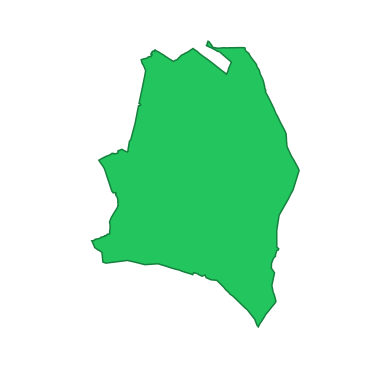 Flå nor, Buskerud, Norway (Albers equal-area conic projection), rotated 256°
{"feature_id": "86288312B73826406337019", "entity_name": "Flå nor", "entity_type": "district", "adm_level": 2, "iso_a3": "NOR", "parent_name": "Norway", "parent_adm1": "Buskerud", "projection": "albers", "projection_center": [9.702, 60.434], "detail": "fine", "context": "isolated", "style": "filled", "palette": "green", "viewbox_px": 384, "rotation_deg": 256, "n_neighbors": 0, "source": "geoboundaries", "source_scale": "gbopen_adm2", "svg_char_len": 5622}
<svg xmlns="http://www.w3.org/2000/svg" viewBox="0 0 384 384"><g transform="rotate(256 192 192)"><path d="M168.9,82.9L167.4,83.3L161.6,84.2L158.2,87.1L157.9,87.8L155.1,90.0L145.7,88.6L145.3,88.8L143.8,91.4L141.2,112.9L138.9,117.3L138.2,118.8L132.9,128.7L130.7,141.0L130.0,142.9L129.4,143.6L126.5,148.5L123.5,153.2L120.8,157.8L119.8,160.0L118.5,161.9L118.2,162.2L117.4,163.4L114.9,167.4L114.0,169.0L113.3,170.1L112.7,171.1L111.6,172.7L113.3,174.0L113.0,174.4L113.2,174.5L112.9,174.9L111.8,177.0L111.2,177.7L110.2,178.5L109.9,179.0L109.5,179.5L107.9,181.3L108.2,184.5L105.4,185.1L105.1,185.4L102.2,189.3L100.3,194.7L92.4,199.5L89.0,201.1L85.9,203.2L83.7,204.2L81.1,206.5L66.9,215.3L64.5,217.1L53.3,222.1L46.8,222.9L45.1,223.7L47.7,225.9L49.7,228.2L53.2,231.9L54.9,233.4L62.4,243.3L63.4,244.8L65.0,246.6L65.7,247.0L71.6,247.0L75.6,246.5L82.0,246.9L93.6,252.5L98.9,250.6L103.6,251.9L108.1,255.1L109.5,257.5L110.7,257.7L114.6,260.0L114.8,261.7L115.9,262.4L118.1,261.0L134.2,264.9L148.4,270.9L162.0,283.9L165.4,286.7L169.5,290.5L186.9,301.1L189.9,300.7L197.8,298.7L202.9,297.1L211.9,295.4L213.3,295.2L215.3,295.5L216.1,295.7L218.4,296.0L222.2,296.8L223.0,296.9L225.9,297.4L229.5,296.8L237.9,294.7L245.7,293.1L247.8,292.4L253.5,291.6L262.9,289.6L271.4,287.5L271.8,287.6L272.5,288.2L273.6,287.9L274.5,287.9L274.9,287.7L276.5,288.0L277.4,288.0L277.6,288.0L277.9,288.1L278.0,288.0L281.9,288.1L284.2,287.9L290.3,286.7L291.9,286.8L294.5,286.6L295.7,286.1L297.0,285.5L298.5,285.3L300.1,285.4L308.3,281.9L311.7,280.8L312.7,280.7L315.6,278.5L316.5,278.1L317.7,278.1L318.4,278.2L319.1,278.2L319.8,276.4L320.2,274.7L320.6,273.1L321.3,269.9L323.0,262.7L323.1,262.0L323.7,259.5L323.8,259.2L324.0,258.9L324.3,257.8L325.0,253.3L325.5,251.1L325.9,250.4L326.4,249.4L326.7,248.5L326.8,248.2L327.1,247.5L328.4,246.8L329.0,246.8L330.7,246.2L330.9,246.0L332.3,245.4L333.4,245.1L334.2,244.4L334.4,244.0L333.5,243.5L333.2,243.0L332.3,242.9L331.7,242.4L331.3,242.3L331.1,241.7L330.6,241.4L328.1,244.4L327.5,245.2L325.4,247.7L324.1,249.1L322.4,250.7L321.9,251.7L321.6,252.4L321.1,252.9L318.8,254.4L308.6,261.6L307.2,260.6L306.6,260.2L303.1,257.5L300.4,256.0L299.4,255.2L298.0,253.9L300.4,252.2L301.5,251.2L304.2,249.1L313.3,242.1L317.8,238.4L321.1,235.5L324.5,232.8L327.0,231.2L327.5,230.8L328.9,229.4L330.4,228.2L330.5,228.1L331.0,227.8L330.6,226.9L330.5,226.3L330.1,224.9L329.4,223.5L329.2,222.5L328.5,220.6L328.5,219.6L328.3,219.0L327.7,217.2L327.6,216.3L327.3,214.9L325.6,212.2L325.4,211.6L324.7,210.7L323.9,209.2L323.9,208.7L323.9,208.1L323.8,207.7L323.8,207.2L323.5,206.6L323.1,205.4L323.5,205.2L324.8,204.1L326.9,201.8L328.1,200.9L329.6,199.4L331.4,197.9L335.2,194.1L336.1,193.4L336.5,192.8L337.1,191.9L338.9,190.5L338.8,190.3L338.4,190.2L338.4,190.3L338.1,190.3L337.9,190.0L338.0,190.0L337.9,189.8L337.9,189.7L337.9,189.2L338.1,189.0L338.1,188.8L338.2,188.6L337.9,188.4L337.8,188.2L337.9,187.7L337.7,187.6L337.7,187.4L337.6,187.2L337.4,187.1L337.4,186.9L337.2,186.7L336.4,186.3L336.2,185.9L336.2,185.7L335.5,185.6L335.5,185.9L335.3,186.0L335.2,186.1L335.1,186.4L334.8,186.2L334.4,186.1L334.2,185.9L334.2,185.7L334.0,185.4L333.9,185.2L333.6,185.2L333.5,184.8L333.4,184.8L333.5,184.5L333.5,184.3L333.5,184.2L333.6,183.9L333.6,183.7L333.7,183.2L333.6,182.9L333.5,182.5L333.5,182.2L333.2,182.2L333.1,181.9L333.2,181.4L333.0,181.0L333.0,180.9L332.7,179.7L332.8,179.4L332.8,179.2L332.8,178.9L332.8,178.7L332.8,178.4L332.8,178.2L332.9,177.7L332.7,176.8L332.7,176.7L332.7,176.4L332.8,175.8L332.8,175.7L332.6,175.4L332.7,175.2L332.8,174.9L332.7,174.7L329.3,174.7L326.4,175.6L321.0,176.4L315.8,174.1L290.7,162.0L290.3,162.9L290.1,162.9L289.5,163.3L289.2,163.3L288.8,163.3L288.6,162.9L288.3,162.6L288.3,162.2L288.6,162.0L288.3,161.6L288.3,161.3L288.5,160.9L272.6,153.5L257.7,145.3L256.8,144.1L256.2,143.5L249.1,140.4L248.9,140.3L247.9,139.9L247.2,139.9L246.5,139.0L247.2,137.9L248.0,137.0L248.6,136.1L249.4,135.3L250.1,134.7L250.3,134.3L250.4,134.0L250.3,133.1L250.1,132.7L249.9,131.5L250.0,130.6L249.8,130.1L249.3,129.9L248.8,129.9L248.4,129.9L247.8,129.3L247.6,128.9L247.6,128.5L247.7,127.9L247.5,127.6L247.5,127.4L247.7,127.1L248.0,126.1L248.1,125.8L248.0,125.3L248.1,125.2L248.6,124.7L248.7,124.3L248.9,124.0L248.9,123.8L248.7,123.4L248.4,123.0L248.3,122.4L248.2,122.0L247.9,121.6L247.7,120.0L247.6,119.4L247.6,119.0L247.4,118.7L247.5,118.2L247.5,117.6L247.3,117.2L247.3,116.9L247.1,116.6L247.1,116.2L247.0,115.9L246.8,115.7L247.0,115.4L247.0,115.2L246.9,115.0L246.8,114.6L246.2,112.2L245.8,110.9L245.7,110.6L245.5,110.2L245.4,109.3L244.1,109.7L238.0,112.0L235.9,112.6L234.4,112.8L225.8,113.4L212.6,114.4L211.8,114.6L210.4,115.2L210.2,115.6L210.1,116.1L210.0,116.3L210.1,116.8L210.0,117.2L209.8,117.3L209.8,117.7L209.2,118.1L208.8,117.6L208.5,117.4L207.8,117.3L207.1,117.5L207.0,117.4L205.8,117.9L204.2,118.2L202.7,118.1L202.0,118.2L201.3,117.8L200.6,117.9L200.1,117.8L199.9,117.5L199.7,117.4L199.0,117.5L198.2,117.3L197.3,117.3L197.0,116.9L196.3,116.5L196.0,116.5L195.3,116.1L187.1,107.8L185.4,106.5L183.6,105.2L183.0,104.8L182.3,104.7L178.8,104.5L178.2,104.1L176.9,103.9L176.6,103.7L176.0,103.5L173.0,102.3L172.1,102.3L171.4,102.1L171.3,101.9L171.4,101.7L171.4,100.8L171.5,100.1L171.5,99.8L171.2,99.6L171.2,99.2L171.2,98.9L171.0,98.7L170.6,98.5L170.4,98.3L170.4,97.9L170.5,97.6L170.6,97.3L170.6,97.2L170.4,96.9L170.4,96.7L170.6,96.4L170.5,96.2L170.1,95.9L170.0,95.6L169.9,95.4L170.1,94.7L170.1,94.2L170.0,93.7L170.1,93.2L170.2,92.8L169.9,92.6L169.7,91.9L169.4,91.4L169.3,90.8L169.5,87.1L169.3,86.0L169.2,85.8L169.0,85.7L168.7,85.6L168.7,85.0L168.7,84.4L168.7,83.6L168.9,83.2L168.9,82.9Z" fill="#22c55e" stroke="#15803d" stroke-width="1.5"/></g></svg>